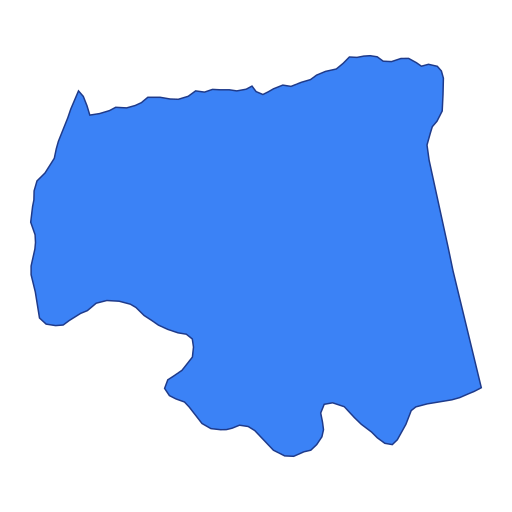 outline of Francisco Alves, Paraná, Brazil
{"feature_id": "56859067B90869066064775", "entity_name": "Francisco Alves", "entity_type": "district", "adm_level": 2, "iso_a3": "BRA", "parent_name": "Brazil", "parent_adm1": "Paraná", "projection": "albers", "projection_center": [-53.884, -24.099], "detail": "fine", "context": "isolated", "style": "filled", "palette": "blue", "viewbox_px": 512, "rotation_deg": 0, "n_neighbors": 0, "source": "geoboundaries", "source_scale": "gbopen_adm2", "svg_char_len": 1787}
<svg xmlns="http://www.w3.org/2000/svg" viewBox="0 0 512 512"><path d="M481.3,387.7L453.0,270.8L450.2,257.3L448.1,247.3L429.1,160.2L427.0,145.0L430.3,133.2L432.3,126.7L437.0,121.2L442.2,111.0L443.0,94.6L443.4,78.2L441.4,71.0L437.3,66.3L428.5,64.3L421.4,66.2L416.4,62.7L408.6,58.4L400.9,58.5L391.5,61.6L383.2,61.2L377.2,56.8L370.1,55.7L363.8,56.1L357.0,57.4L349.4,57.0L343.2,63.3L336.3,69.0L325.5,71.4L316.6,75.1L310.5,79.6L301.3,82.3L291.0,86.4L282.8,85.1L273.5,88.8L268.3,91.8L262.9,94.5L256.1,91.6L252.0,86.1L246.2,89.2L236.8,90.9L229.3,89.8L220.2,89.8L212.5,89.4L204.5,92.1L195.6,90.9L188.2,96.3L178.3,99.3L170.1,99.0L160.2,97.3L147.8,97.3L141.3,102.7L135.2,105.5L126.6,107.9L115.7,107.3L109.5,110.6L99.5,113.6L89.8,115.1L87.0,105.8L83.3,96.4L78.5,90.9L70.8,109.0L67.8,117.8L58.4,141.3L56.3,148.7L54.3,158.3L45.0,173.0L37.0,180.9L34.1,190.9L33.9,199.9L32.6,206.4L30.7,222.2L35.1,234.8L35.5,242.6L34.9,249.0L31.1,266.0L31.1,274.7L35.3,291.9L39.5,318.0L46.1,324.1L55.6,325.6L63.2,325.0L69.1,320.6L80.6,313.4L87.4,310.6L96.2,303.2L106.8,300.5L119.1,301.2L130.4,304.2L136.0,307.5L144.1,315.5L151.5,320.3L158.4,325.1L167.8,329.4L177.9,332.8L186.3,334.2L192.3,339.0L193.5,347.1L192.4,357.1L182.0,370.3L173.4,376.2L167.8,379.8L164.6,388.4L169.4,395.6L175.9,398.9L184.5,402.0L189.1,406.9L202.0,423.5L210.9,428.6L220.6,429.7L226.4,429.6L232.1,428.2L239.5,425.2L248.2,426.5L254.8,430.6L273.4,450.2L284.7,455.9L293.7,456.3L303.9,451.8L310.8,450.2L316.7,444.6L321.9,436.8L323.5,429.7L322.5,422.1L320.7,413.0L324.2,404.3L332.6,402.8L344.3,406.7L354.4,417.6L361.2,424.2L371.5,432.0L377.3,437.8L384.8,443.3L392.3,444.6L397.3,439.8L405.9,424.3L411.2,410.6L415.8,406.9L427.1,403.9L451.9,399.8L459.7,397.6L468.2,393.9L474.4,391.3L481.3,387.7Z" fill="#3b82f6" stroke="#1e3a8a" stroke-width="1.5"/></svg>